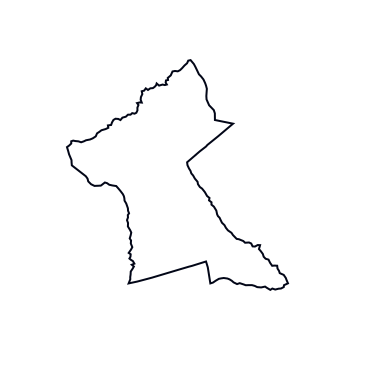 Araruna, Paraná, Brazil, rotated 122°
{"feature_id": "56859067B30533502140604", "entity_name": "Araruna", "entity_type": "district", "adm_level": 2, "iso_a3": "BRA", "parent_name": "Brazil", "parent_adm1": "Paraná", "projection": "mercator", "projection_center": [-52.579, -23.926], "detail": "fine", "context": "isolated", "style": "outline", "palette": "ink", "viewbox_px": 384, "rotation_deg": 122, "n_neighbors": 0, "source": "geoboundaries", "source_scale": "gbopen_adm2", "svg_char_len": 3008}
<svg xmlns="http://www.w3.org/2000/svg" viewBox="0 0 384 384"><g transform="rotate(122 192 192)"><path d="M218.6,62.2L216.6,65.1L215.2,66.9L213.7,70.3L214.3,74.6L212.8,76.4L211.6,78.9L209.4,80.7L210.7,83.1L212.1,84.9L210.7,88.2L208.8,91.3L209.6,94.2L208.9,96.9L207.0,99.1L205.7,102.4L204.9,105.0L203.0,105.5L201.0,106.1L202.2,108.2L204.9,109.7L206.0,111.8L204.3,114.5L204.6,116.9L206.9,120.1L206.4,122.5L206.8,124.8L207.2,127.2L208.1,129.3L206.8,134.5L205.7,136.9L205.5,141.2L204.4,144.3L202.9,146.9L202.2,150.3L200.5,153.0L199.2,155.0L198.7,157.2L197.6,158.9L194.9,161.5L192.8,165.7L192.4,168.8L190.4,170.0L190.1,173.1L187.8,174.0L187.4,177.1L185.3,181.0L183.8,185.2L183.6,188.0L182.2,191.1L180.4,192.7L179.1,196.7L177.4,199.8L176.6,202.4L174.8,204.6L173.7,206.9L171.7,210.0L169.4,211.9L153.3,206.9L148.7,205.2L146.0,204.2L144.0,203.9L130.7,199.3L112.3,193.4L118.8,210.7L113.2,214.3L111.0,216.9L110.0,220.9L109.4,223.4L105.8,228.7L103.0,230.7L96.6,234.1L94.5,236.3L92.8,238.4L90.5,241.9L89.2,245.5L88.5,248.5L86.7,251.3L85.3,253.5L84.0,255.6L82.5,258.2L80.9,263.1L82.6,264.8L85.4,264.4L88.7,265.4L92.2,266.0L95.0,266.7L97.2,268.0L98.4,270.6L100.1,272.4L104.4,271.8L108.1,273.0L109.7,271.7L111.2,273.2L113.2,272.3L114.2,270.3L115.7,271.7L116.5,273.9L119.2,276.3L118.7,279.5L120.5,279.0L122.6,279.4L124.6,280.2L126.2,282.3L128.8,283.4L128.6,286.1L131.4,286.3L133.2,288.0L135.3,286.0L138.6,285.6L141.0,284.4L142.8,282.0L143.8,283.9L145.7,285.7L146.6,283.5L149.4,283.0L151.7,281.5L154.3,281.2L156.0,282.2L156.8,284.5L159.0,285.1L160.4,287.3L163.2,288.0L165.8,290.4L168.9,290.8L169.1,293.2L170.4,295.7L172.5,296.8L175.4,296.7L178.0,296.1L180.1,298.6L181.9,297.0L184.4,298.6L187.6,301.5L190.0,302.4L192.6,303.6L195.8,303.1L199.1,304.6L201.5,306.3L204.3,309.3L206.4,310.6L208.6,312.4L209.2,315.1L210.6,317.9L211.4,320.0L213.0,321.3L214.9,320.1L217.7,320.8L220.2,321.8L222.7,318.9L225.2,316.2L228.8,311.1L231.0,309.6L233.1,308.0L234.9,290.4L236.0,287.7L238.0,285.6L238.9,281.7L238.5,277.9L234.9,272.7L233.1,272.0L230.1,270.9L229.5,268.6L229.7,266.0L228.6,262.9L227.1,259.4L228.1,256.1L229.1,253.1L230.5,249.4L231.7,247.5L233.1,246.1L235.1,244.6L236.6,241.7L239.8,237.7L241.8,236.3L243.4,234.1L245.6,234.2L247.5,232.8L250.3,232.2L252.2,229.8L255.2,228.1L257.1,224.3L258.6,222.0L261.4,221.0L264.4,220.2L265.4,218.0L268.1,216.6L270.4,213.4L273.2,213.2L277.2,213.4L277.3,211.0L279.5,209.9L281.6,209.8L281.9,207.6L281.9,205.5L283.3,202.9L285.6,204.5L286.0,201.8L288.4,201.7L291.9,201.8L294.6,200.3L296.9,199.3L298.7,198.1L300.8,197.7L303.1,197.3L296.9,190.9L285.9,180.6L264.0,161.3L256.9,155.0L254.7,152.9L243.5,143.3L247.5,138.7L259.8,128.0L257.7,126.2L254.7,124.9L251.4,123.2L249.7,121.4L248.1,119.5L246.6,116.1L246.2,113.9L246.2,111.2L246.6,108.8L246.2,105.0L244.0,103.2L243.0,99.1L242.6,97.1L241.3,95.1L239.2,91.8L238.4,89.1L238.1,86.3L236.3,82.8L233.5,79.9L233.6,77.6L233.5,73.7L231.3,72.7L230.6,69.7L228.1,67.3L226.7,65.4L224.0,63.8L222.3,64.6L218.6,62.2Z" fill="none" stroke="#020617" stroke-width="2"/></g></svg>